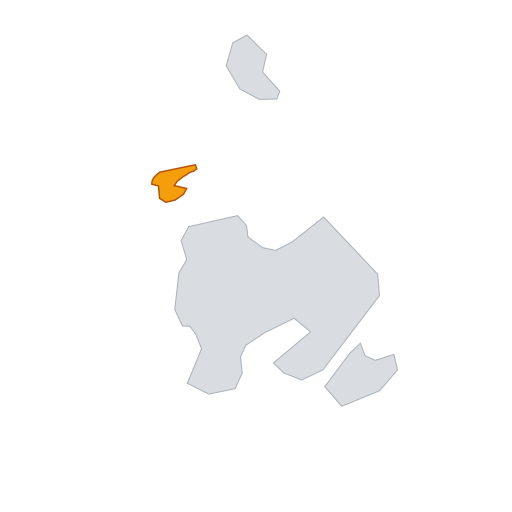 location of Vårdö within Aland, rotated 232°
{"feature_id": "ALD-4820", "entity_name": "Vårdö", "entity_type": "state/province", "adm_level": 1, "iso_a3": "ALA", "parent_name": "Aland", "parent_adm1": "", "projection": "orthographic", "projection_center": [20.395, 60.233], "detail": "fine", "context": "in_parent", "style": "filled", "palette": "amber", "viewbox_px": 512, "rotation_deg": 232, "n_neighbors": 0, "source": "natural_earth", "source_scale": "10m", "svg_char_len": 1095}
<svg xmlns="http://www.w3.org/2000/svg" viewBox="0 0 512 512"><g transform="rotate(232 256 256)"><path d="M231.3,160.4L241.5,160.6L246.0,155.0L263.8,159.0L290.4,185.1L295.7,199.2L314.2,206.5L320.6,221.0L299.1,266.4L285.8,267.2L276.0,261.4L258.6,266.3L248.3,274.9L244.8,293.8L245.1,333.3L166.7,340.7L148.8,328.9L125.1,238.7L130.2,215.6L146.9,205.8L161.0,203.9L162.6,252.3L183.5,247.7L190.2,215.8L191.9,193.3L186.4,182.0L172.3,173.1L164.3,157.9L176.3,133.8L198.0,123.5L216.4,156.0L231.3,160.4ZM121.5,269.5L123.0,284.5L110.3,280.6L100.4,285.6L93.5,304.1L79.1,297.3L73.7,270.6L84.9,231.0L110.7,229.8L121.5,269.5ZM438.3,369.0L435.7,384.9L408.4,388.5L396.9,374.4L371.3,376.2L366.9,369.1L377.4,355.0L397.7,346.1L424.2,349.6L438.3,369.0Z" fill="#d9dde1" stroke="#a8b0b8" stroke-width="1"/><path d="M376.8,218.1L379.1,220.3L380.5,223.1L381.1,226.9L381.3,231.9L365.2,264.4L361.2,263.0L361.2,259.5L362.7,255.0L362.9,250.6L363.4,247.5L363.4,240.1L361.8,234.9L351.9,242.9L349.3,236.9L349.9,226.7L353.8,218.1L360.8,215.5L371.2,222.3L376.8,218.1Z" fill="#f59e0b" stroke="#b45309" stroke-width="1.5"/></g></svg>